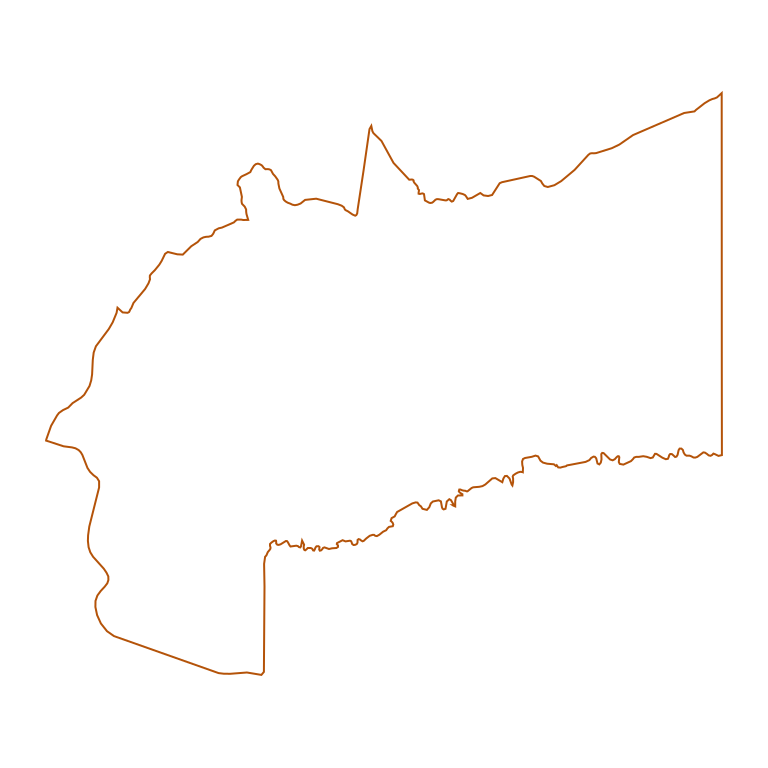 Meta, orthographic projection
{"feature_id": "COL-1425", "entity_name": "Meta", "entity_type": "Department", "adm_level": 1, "iso_a3": "COL", "parent_name": "Colombia", "parent_adm1": "", "projection": "orthographic", "projection_center": [-72.97, 3.272], "detail": "fine", "context": "isolated", "style": "outline", "palette": "amber", "viewbox_px": 768, "rotation_deg": 0, "n_neighbors": 0, "source": "natural_earth", "source_scale": "10m", "svg_char_len": 5880}
<svg xmlns="http://www.w3.org/2000/svg" viewBox="0 0 768 768"><path d="M46.1,440.6L46.3,439.4L51.1,425.8L57.1,415.4L59.0,412.9L63.0,410.1L68.2,407.6L72.6,403.1L81.1,397.6L84.2,394.8L89.5,386.0L91.2,380.4L92.1,374.4L92.8,359.7L93.7,352.5L95.9,346.3L108.8,329.0L112.7,322.3L116.6,312.8L117.5,307.7L122.6,312.4L127.6,312.8L129.1,312.0L129.8,310.6L130.2,309.6L131.3,308.1L133.5,302.9L145.1,289.0L148.5,283.3L150.0,279.3L149.8,277.2L149.9,275.5L151.6,273.4L154.9,270.1L159.3,264.7L161.6,261.0L165.1,253.8L167.8,252.0L177.3,254.3L182.8,254.6L191.3,246.2L197.7,242.0L200.5,238.9L203.4,237.4L206.1,236.8L208.5,236.7L211.5,235.9L213.2,233.8L214.8,230.4L218.7,228.3L221.9,227.6L233.9,222.4L235.5,220.8L237.2,219.6L241.2,219.6L243.2,220.0L248.2,219.9L246.5,214.1L246.2,212.0L246.1,209.4L244.7,206.6L242.0,203.8L241.6,202.0L241.5,200.2L241.9,196.9L239.9,187.4L237.5,185.0L237.9,181.3L239.0,179.5L240.8,177.1L242.1,176.2L246.4,174.2L250.3,172.1L251.4,169.8L253.9,165.8L255.7,164.2L257.9,163.6L259.7,164.2L261.6,165.2L262.8,166.5L263.5,167.6L265.4,169.2L267.9,169.1L269.5,169.4L271.0,170.2L273.0,173.9L275.2,176.3L277.6,179.7L278.3,181.3L278.4,183.6L279.4,188.5L283.2,196.9L283.4,199.0L284.2,200.2L285.7,201.5L287.7,202.7L290.4,203.7L292.4,204.7L294.9,205.2L297.6,204.7L300.6,203.5L305.1,199.9L316.2,198.7L337.8,204.2L341.7,205.7L343.9,207.3L344.9,209.5L345.7,210.2L347.9,211.3L352.5,214.5L355.2,215.7L356.3,215.1L357.2,213.4L357.7,209.1L363.5,170.9L369.5,129.1L371.3,125.9L372.4,131.2L373.4,133.1L381.5,141.0L393.5,162.9L409.2,179.7L411.9,179.5L412.8,179.7L413.6,180.4L413.5,181.2L414.2,182.6L417.2,186.0L417.8,187.4L417.8,188.6L419.0,190.1L418.8,191.6L418.6,192.6L418.6,193.7L419.9,194.0L421.2,193.6L422.7,193.4L424.0,194.1L424.2,195.5L424.9,200.4L428.9,202.6L430.2,203.0L432.1,202.7L433.1,202.0L435.5,199.7L437.0,199.1L438.6,199.2L445.4,200.4L446.7,200.3L447.4,199.8L447.9,199.3L448.4,199.1L449.7,199.7L450.7,200.8L451.8,201.6L453.2,201.0L457.1,194.1L458.1,193.0L460.0,193.3L462.7,194.0L464.9,195.0L465.9,196.1L467.7,198.9L472.0,197.8L480.3,193.0L483.6,195.4L488.1,196.0L492.1,195.0L499.7,183.2L502.0,182.2L530.2,176.0L532.2,176.0L534.1,176.7L540.9,181.0L542.3,183.5L544.3,186.0L547.8,187.0L554.4,185.2L561.2,181.1L574.6,169.9L588.3,154.9L590.1,153.5L591.9,153.2L593.9,153.3L596.1,153.1L611.8,148.2L619.3,144.6L633.0,135.1L684.1,113.0L694.5,111.4L696.0,109.9L704.6,103.2L709.4,100.3L712.4,99.0L714.7,98.4L717.0,97.4L721.7,93.1L721.8,368.0L721.9,455.1L718.5,455.9L714.8,454.1L713.4,453.6L712.2,454.9L710.6,455.8L708.7,455.4L706.9,453.9L704.9,452.6L703.3,452.4L697.3,456.9L695.2,457.6L693.5,457.5L691.3,456.3L689.6,455.7L686.5,455.7L684.9,454.6L683.6,452.5L682.9,450.0L681.4,448.6L679.6,448.6L678.6,450.2L677.6,454.8L676.5,456.6L675.1,457.0L673.4,455.4L671.9,454.1L670.2,454.0L669.2,455.2L668.7,457.0L667.9,458.8L665.8,459.2L662.4,457.7L656.5,453.9L655.0,453.8L652.8,457.5L650.5,458.1L646.7,456.8L643.2,456.2L638.6,456.9L636.1,456.9L634.2,457.5L632.9,459.2L631.0,461.1L623.4,464.6L619.7,463.9L618.8,462.0L619.3,457.2L618.7,456.2L617.6,456.3L616.2,457.6L614.8,459.2L612.7,460.3L610.1,459.5L603.6,453.1L602.2,452.9L601.3,454.1L601.5,459.4L600.8,462.6L599.3,464.4L597.5,463.5L596.2,458.3L594.9,456.8L593.5,456.6L591.1,458.0L589.4,460.1L585.6,461.9L570.3,464.8L567.5,465.3L566.8,465.5L566.2,466.1L565.2,466.4L562.8,466.9L560.3,467.6L558.2,467.4L556.7,465.2L555.9,466.0L553.9,464.3L547.1,463.7L543.0,462.6L540.5,460.7L538.1,456.4L535.5,455.6L531.8,456.8L525.0,458.0L523.0,459.0L522.1,461.5L522.3,464.9L523.0,467.9L522.8,472.2L522.6,472.1L520.2,471.8L517.9,472.5L515.6,473.7L513.2,475.4L512.7,476.6L513.1,478.5L513.1,482.2L512.4,485.5L511.7,484.6L509.5,478.5L506.9,475.9L504.9,476.1L503.4,478.5L502.3,482.2L495.4,478.1L492.3,478.4L485.3,484.5L482.5,486.1L479.3,486.8L473.2,487.3L471.6,488.0L467.5,491.3L466.5,491.3L465.4,490.8L463.5,490.6L461.9,490.2L460.4,489.5L459.3,489.5L458.8,491.2L459.3,492.0L460.3,492.9L461.5,493.7L462.4,494.2L462.4,495.4L457.9,495.5L455.8,497.6L455.2,501.4L455.2,506.4L453.3,505.6L452.7,505.2L453.9,505.2L451.0,500.2L449.3,499.2L446.8,501.5L445.5,508.8L443.7,509.4L442.6,508.7L442.0,507.4L440.9,501.4L438.7,500.3L432.9,501.5L430.8,503.4L429.3,507.2L426.9,509.9L422.5,508.8L420.9,506.3L419.3,505.2L417.5,502.6L415.6,502.4L412.3,503.4L397.1,512.0L395.7,514.4L394.7,516.4L391.6,518.1L390.7,520.9L391.7,521.7L392.7,522.9L393.3,524.6L392.8,526.2L389.0,526.9L387.4,528.4L386.2,530.2L383.1,531.7L379.4,534.7L376.9,536.1L375.2,535.8L374.1,534.9L372.5,534.9L369.7,535.8L366.2,538.5L363.7,540.9L362.5,541.3L361.0,540.4L360.0,539.5L358.6,539.1L357.6,539.9L357.5,542.7L356.7,544.1L355.0,544.9L353.5,545.0L352.1,543.9L351.7,542.5L351.1,541.2L350.0,540.7L345.5,541.4L342.6,540.2L337.0,543.1L336.8,544.1L338.0,545.4L338.0,546.9L336.4,548.0L332.0,548.3L329.0,549.0L324.5,547.4L323.1,547.9L322.3,549.1L321.2,550.3L319.9,550.7L319.2,549.6L319.5,547.1L318.5,546.2L316.5,546.3L315.5,547.5L314.8,549.4L314.1,550.6L313.1,550.4L312.3,548.8L310.8,548.0L307.8,548.0L306.5,549.3L305.3,550.3L304.5,550.1L303.8,548.8L303.7,546.5L304.1,544.7L302.1,540.6L301.0,546.3L300.3,547.4L299.0,547.1L297.9,546.1L296.3,545.7L290.5,546.5L289.6,545.4L287.8,542.1L287.0,541.1L285.9,541.0L280.6,544.3L278.7,544.9L277.3,544.7L276.2,543.5L276.2,542.0L276.0,540.7L275.0,540.5L273.5,541.1L271.4,542.6L270.0,544.0L270.0,545.9L270.5,547.3L270.4,548.7L269.5,550.1L267.8,552.1L266.4,555.4L265.1,556.8L264.1,563.9L264.5,586.5L263.9,671.9L261.4,674.9L246.9,672.5L230.1,673.8L223.6,673.7L218.6,673.1L114.0,636.1L107.0,631.2L100.9,623.5L97.1,615.1L95.4,607.0L95.5,600.9L97.4,595.5L100.7,591.0L104.6,586.8L107.3,583.3L108.4,580.0L108.3,576.4L106.5,572.7L103.8,568.7L93.1,556.8L90.3,552.3L88.6,547.2L87.9,540.9L88.1,535.3L89.3,526.5L99.1,487.5L99.1,481.2L96.9,477.7L93.5,475.2L90.1,471.9L87.5,468.0L82.4,455.0L80.8,452.3L78.7,450.1L75.5,448.3L72.0,447.4L63.6,446.3L46.1,440.6Z" fill="none" stroke="#b45309" stroke-width="2"/></svg>